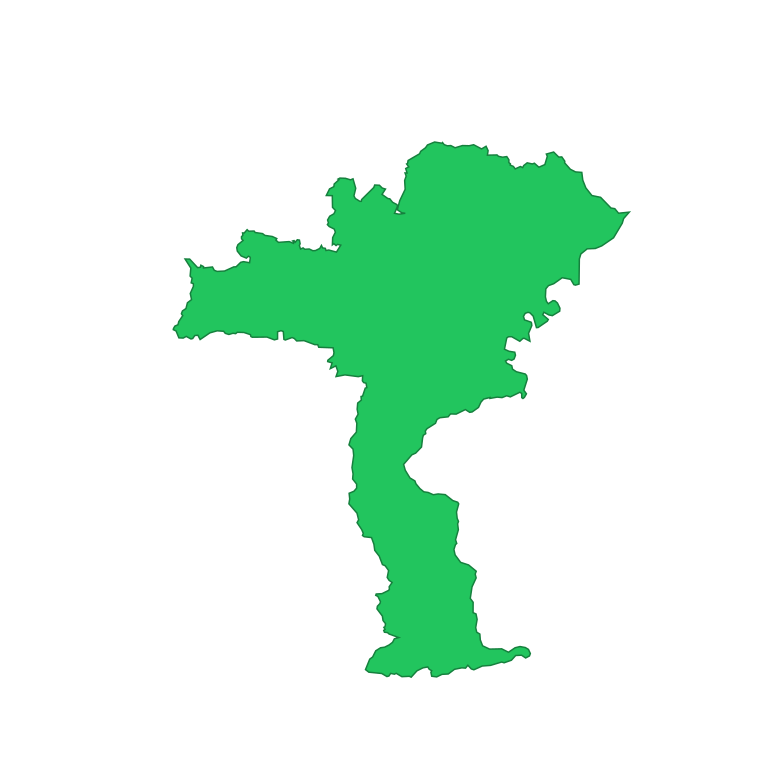 outline of Kyaukse, Mandalay, Myanmar, rotated 110°
{"feature_id": "60261553B75007894173024", "entity_name": "Kyaukse", "entity_type": "district", "adm_level": 2, "iso_a3": "MMR", "parent_name": "Myanmar", "parent_adm1": "Mandalay", "projection": "mercator", "projection_center": [96.313, 21.579], "detail": "fine", "context": "isolated", "style": "filled", "palette": "green", "viewbox_px": 768, "rotation_deg": 110, "n_neighbors": 0, "source": "geoboundaries", "source_scale": "gbopen_adm2", "svg_char_len": 6171}
<svg xmlns="http://www.w3.org/2000/svg" viewBox="0 0 768 768"><g transform="rotate(110 384 384)"><path d="M334.6,613.7L341.1,605.2L348.9,603.1L350.2,600.5L354.9,599.8L354.9,597.5L357.4,596.5L365.2,597.0L370.5,593.7L374.9,596.5L380.8,595.9L384.3,598.4L387.3,598.4L388.6,596.5L395.5,598.2L398.8,597.9L401.1,600.3L403.8,600.8L405.0,600.6L405.3,597.5L410.8,592.5L409.5,588.4L406.9,586.1L407.7,580.8L406.7,579.3L403.2,578.4L401.8,575.6L405.1,572.0L395.5,565.1L391.1,559.0L389.3,552.7L390.7,550.5L390.5,546.7L388.0,543.3L387.4,540.6L385.6,539.6L383.5,533.3L383.3,526.4L384.9,525.3L385.1,523.8L379.9,510.0L380.0,502.1L378.1,499.4L371.3,501.9L369.1,499.0L369.1,496.6L376.3,493.3L376.4,491.8L371.8,486.3L371.9,483.8L373.4,480.8L370.6,474.0L370.7,462.6L369.7,459.7L371.8,457.9L367.4,444.2L371.7,441.7L374.7,441.3L380.9,444.9L382.2,444.6L381.9,440.0L387.9,439.7L383.4,435.4L387.9,431.7L393.4,431.6L388.8,423.8L385.9,410.7L383.5,406.9L388.4,405.4L389.6,403.6L389.4,401.1L393.3,398.9L394.3,400.2L402.7,400.0L403.6,401.3L406.9,399.8L410.9,402.2L416.9,400.6L421.2,398.0L426.8,398.9L430.2,396.1L438.7,393.5L446.6,396.5L453.2,396.1L455.8,390.8L461.6,388.0L473.5,385.5L479.1,382.3L484.0,381.0L487.4,375.5L491.2,374.1L495.1,375.6L498.6,379.4L503.8,376.9L508.6,376.0L514.6,365.2L520.3,361.4L523.5,361.9L528.4,355.2L531.4,352.4L533.7,352.4L534.3,350.4L532.6,343.2L538.0,338.7L543.5,335.8L547.4,329.6L554.2,323.7L554.4,320.7L557.7,315.9L564.7,314.8L566.8,312.0L567.7,308.5L572.7,309.8L575.2,308.7L576.6,309.3L581.7,314.2L584.0,319.5L585.4,319.5L585.7,317.1L589.7,312.9L591.6,312.7L595.1,314.2L597.7,313.7L602.6,306.2L606.6,304.0L608.7,300.6L611.7,300.0L612.7,300.9L614.2,299.0L615.6,300.0L617.1,298.7L616.4,295.7L617.2,293.7L617.2,283.4L619.9,287.1L623.8,287.6L627.4,289.9L631.1,293.4L633.0,297.0L637.5,300.5L644.4,301.3L647.4,303.3L658.7,303.7L660.0,299.7L656.8,287.1L657.9,281.2L656.7,279.5L653.7,278.8L653.1,274.9L651.7,273.6L652.9,267.1L650.0,260.2L650.2,258.2L642.2,254.9L637.4,250.3L634.9,246.1L636.6,243.9L637.1,241.1L638.9,241.3L642.3,239.2L641.2,234.3L637.0,230.2L634.5,224.4L628.0,220.2L624.1,213.8L623.1,210.2L619.6,209.0L621.9,204.5L621.8,201.8L615.4,195.2L612.0,187.7L605.0,178.3L604.9,175.8L600.0,169.8L594.1,167.4L591.8,162.0L593.0,157.2L589.8,154.3L587.2,154.3L584.0,157.5L583.3,161.1L584.2,166.4L587.0,170.6L593.5,175.3L592.6,182.8L597.0,194.1L596.3,201.8L591.5,206.0L586.2,208.4L585.5,212.0L581.6,214.5L573.3,216.0L568.6,218.9L568.4,222.1L558.6,225.6L556.0,229.6L544.6,231.9L534.7,231.1L531.4,233.3L528.4,233.3L525.1,242.6L525.4,251.0L520.3,258.7L515.6,261.7L510.4,261.9L509.0,261.1L505.9,263.5L495.5,264.3L490.2,267.0L487.7,267.0L485.2,269.3L479.5,272.1L471.1,272.8L469.9,274.3L470.0,279.5L467.0,288.6L468.8,295.5L471.2,299.8L470.8,305.4L471.7,309.7L470.0,314.5L466.8,319.9L464.5,321.8L463.4,327.5L457.8,334.5L452.8,338.1L441.0,333.6L438.1,330.6L430.4,327.2L421.4,329.3L418.7,329.5L416.4,327.8L414.0,329.1L411.2,328.3L403.3,322.2L399.2,322.1L396.6,320.0L392.9,312.5L389.4,311.3L387.6,305.9L380.2,298.8L381.3,293.8L380.1,291.6L373.7,287.2L367.9,286.7L364.1,285.2L360.4,279.8L361.3,279.5L357.6,273.1L356.4,268.4L353.1,264.7L352.9,260.9L345.3,253.5L345.8,251.4L349.7,249.9L350.1,248.5L348.6,247.5L344.5,246.8L342.0,250.5L330.4,251.0L327.3,252.9L326.3,254.7L327.2,263.8L326.1,268.3L323.1,270.2L322.5,275.7L320.8,277.7L318.2,275.5L318.1,272.1L316.0,270.3L312.0,270.3L309.4,272.0L310.5,277.8L310.1,282.7L298.8,284.4L297.0,283.2L295.9,280.1L297.4,271.0L293.6,269.0L293.1,267.7L293.9,261.5L286.9,265.5L278.5,265.1L276.3,266.2L275.6,266.9L275.7,273.9L272.7,276.1L269.3,275.5L267.4,273.2L267.2,271.2L269.2,267.0L278.9,260.0L278.2,258.5L269.1,252.0L267.2,251.7L264.6,258.5L261.9,258.3L262.7,252.7L262.2,249.2L255.5,243.8L252.6,244.6L248.6,248.7L247.4,251.7L247.9,253.8L252.4,257.1L250.8,259.6L247.0,262.1L239.2,264.5L235.3,263.1L231.7,258.8L223.2,252.9L221.8,244.3L225.7,239.6L225.6,237.9L223.4,234.9L199.7,243.2L194.5,243.5L187.5,239.3L184.4,231.8L179.7,226.6L168.1,218.3L151.4,215.1L146.6,215.4L138.6,212.3L143.3,222.0L140.3,227.1L141.0,230.9L134.5,244.3L135.8,253.1L130.7,261.4L124.5,266.9L117.5,270.5L119.2,276.6L118.5,282.3L114.4,289.9L112.8,290.3L109.8,294.6L111.0,297.4L108.0,303.9L112.4,310.1L114.2,308.4L122.8,307.9L127.3,312.6L125.1,318.2L126.5,319.9L127.2,325.1L130.9,327.4L133.2,327.7L133.0,330.2L137.0,334.3L135.3,336.8L135.1,340.3L133.9,340.5L133.2,342.4L130.6,343.3L128.3,346.4L130.3,350.1L130.9,354.3L130.1,356.1L133.6,365.1L129.1,366.0L125.7,369.4L129.7,372.7L128.5,381.6L131.0,385.5L133.1,391.8L137.7,398.0L137.1,402.8L138.5,405.9L138.5,409.3L137.1,411.6L137.9,411.8L139.3,419.2L144.5,424.9L147.8,425.8L152.8,429.1L155.5,429.3L165.7,437.8L168.8,437.3L169.5,438.0L171.5,435.0L174.1,437.3L177.8,434.5L178.5,436.4L181.0,434.3L185.7,434.2L193.8,430.7L206.3,431.9L215.7,431.1L217.0,425.9L216.3,422.4L219.3,428.0L220.0,432.5L212.0,432.1L211.0,433.3L210.3,438.1L208.0,441.9L208.4,443.8L206.5,450.7L200.3,449.3L200.5,452.6L198.8,456.3L200.2,460.8L202.8,460.8L218.3,468.1L220.1,467.8L220.6,469.2L219.5,474.4L217.5,476.6L209.8,477.5L201.8,483.3L203.6,485.3L203.9,490.6L205.6,495.9L207.2,497.3L207.5,496.2L213.1,499.2L215.7,498.6L219.3,501.9L226.6,502.7L224.7,497.0L235.6,492.8L237.6,488.9L241.2,489.3L244.9,492.4L249.2,493.1L251.6,491.3L253.6,491.7L254.8,489.3L255.4,483.8L258.0,481.6L264.0,482.3L270.9,480.1L269.3,479.1L270.3,476.4L268.7,475.4L268.3,472.1L276.3,473.8L277.0,481.7L278.4,484.2L276.6,485.5L277.1,488.3L275.2,490.2L278.6,490.7L282.1,494.1L283.1,496.5L282.7,500.4L284.5,504.5L283.8,506.6L285.7,508.6L282.8,510.9L280.9,510.8L277.7,512.7L278.1,514.8L281.1,515.9L280.0,517.6L280.8,518.7L281.5,517.3L282.8,517.1L282.6,521.8L287.0,531.6L285.8,534.8L284.0,534.5L283.6,539.4L285.1,546.8L284.2,549.5L285.7,556.8L284.7,558.4L286.7,563.4L285.8,565.4L289.9,567.0L290.4,568.6L292.5,567.5L294.4,568.3L296.3,567.5L297.3,565.5L303.0,568.9L306.2,569.0L309.3,567.3L312.5,562.1L312.8,556.4L310.3,555.1L310.4,553.7L311.1,552.8L316.0,551.8L317.1,557.9L318.7,560.3L324.5,563.1L325.3,565.2L332.4,572.5L335.3,579.4L335.2,582.4L332.7,585.2L336.7,593.3L335.4,593.7L335.0,596.7L337.1,596.5L338.4,598.9L333.1,609.3L334.6,613.7Z" fill="#22c55e" stroke="#15803d" stroke-width="1.5"/></g></svg>